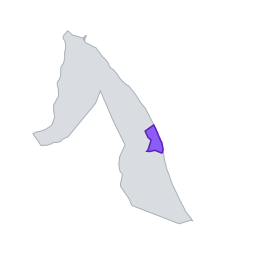 Shabeellaha Dhexe highlighted on a map of Somalia, rotated 291°
{"feature_id": "SOM-2410", "entity_name": "Shabeellaha Dhexe", "entity_type": "Region", "adm_level": 1, "iso_a3": "SOM", "parent_name": "Somalia", "parent_adm1": "", "projection": "albers", "projection_center": [46.104, 3.02], "detail": "fine", "context": "in_parent", "style": "filled", "palette": "violet", "viewbox_px": 256, "rotation_deg": 291, "n_neighbors": 0, "source": "natural_earth", "source_scale": "10m", "svg_char_len": 2876}
<svg xmlns="http://www.w3.org/2000/svg" viewBox="0 0 256 256"><g transform="rotate(291 128 128)"><path d="M64.6,220.3L64.4,219.7L63.1,218.0L60.6,214.9L58.8,212.5L56.9,210.1L56.9,208.1L56.9,202.4L57.0,190.9L57.0,179.3L57.0,167.8L57.0,162.0L57.0,159.7L57.2,159.3L59.3,157.2L62.2,154.4L65.9,149.1L67.9,146.2L69.6,143.8L70.0,143.0L71.5,141.6L74.3,140.7L76.1,140.6L82.0,139.5L82.9,139.1L83.4,138.6L83.9,137.4L85.1,135.8L86.6,134.7L89.5,133.3L92.2,132.0L92.9,131.8L96.2,131.1L97.0,130.8L98.4,130.5L98.9,130.5L103.6,130.8L107.2,131.0L111.0,131.3L111.4,131.1L114.0,128.2L118.2,123.7L120.9,120.8L125.0,116.3L128.1,113.0L131.6,109.4L135.0,106.1L139.1,102.2L141.7,99.7L145.6,95.8L149.4,92.2L152.8,88.9L148.1,88.9L143.6,88.9L139.2,88.9L138.4,88.5L134.6,87.3L129.9,85.7L124.0,83.7L119.8,82.3L115.3,80.8L110.8,79.3L107.3,78.2L102.8,76.7L99.0,75.4L98.4,75.1L96.3,73.2L93.5,70.6L93.0,70.6L91.6,70.1L90.4,68.7L89.2,66.9L88.1,64.7L87.6,63.2L86.0,62.6L85.3,61.4L83.9,59.7L83.0,58.8L82.6,58.1L82.2,56.6L81.4,54.9L80.6,53.9L80.5,53.4L80.5,53.1L81.9,50.9L82.5,50.1L83.3,49.3L83.9,48.6L84.1,48.0L85.8,45.4L87.3,43.1L88.5,41.3L91.1,43.3L93.7,47.6L96.7,51.0L100.8,54.2L102.5,55.2L103.9,55.8L111.5,55.7L116.9,52.8L121.7,50.7L123.4,50.3L126.2,50.9L129.3,51.1L132.1,51.7L133.5,51.5L139.1,49.1L142.6,46.7L144.9,45.7L145.9,45.7L149.1,46.5L153.3,46.2L159.0,44.1L160.8,43.7L162.2,43.7L165.3,44.6L165.7,44.5L167.4,44.4L171.8,43.4L175.3,41.9L181.6,40.8L186.4,38.1L187.3,36.8L188.7,35.2L190.8,34.6L196.3,36.5L197.1,36.7L196.8,37.8L196.6,39.0L195.5,41.1L194.8,43.4L195.4,46.9L195.7,52.6L195.5,53.4L195.2,54.2L195.0,54.9L194.4,55.1L194.2,55.5L194.6,55.6L196.3,55.0L196.3,54.3L196.4,54.0L197.8,54.7L198.8,55.0L199.1,55.7L199.0,56.2L197.4,56.0L196.6,55.6L194.3,56.3L192.8,57.0L192.4,58.1L192.1,62.5L191.5,65.5L191.4,69.3L189.6,71.9L188.9,73.6L186.1,77.3L184.6,80.3L184.2,81.8L181.7,86.1L178.3,89.3L177.1,93.5L175.8,96.1L174.5,98.4L171.5,102.6L169.9,105.5L168.0,110.6L167.4,113.8L162.0,123.1L156.3,130.5L152.8,136.8L146.5,144.0L137.9,153.4L126.5,164.5L123.5,166.7L111.1,173.6L103.0,179.3L98.9,183.2L94.6,186.6L91.1,189.8L80.8,200.7L79.7,201.7L78.7,202.7L77.4,204.5L76.5,205.2L74.0,208.3L72.4,209.9L70.7,211.5L69.9,212.7L69.4,214.0L68.8,214.7L67.2,217.8L65.9,219.8L64.5,221.4L64.6,220.3Z" fill="#d9dde1" stroke="#a8b0b8" stroke-width="1"/><path d="M140.1,150.9L139.7,151.2L137.3,154.1L135.4,155.7L134.4,157.0L132.5,158.5L131.5,159.6L130.7,160.2L130.6,160.3L130.5,160.5L130.4,160.6L130.2,160.7L130.1,160.9L129.9,161.2L129.8,161.4L129.6,161.6L129.1,161.8L127.8,163.2L127.6,163.4L127.4,163.8L127.3,164.0L126.7,164.3L126.5,164.7L126.2,165.0L123.5,166.7L121.9,167.6L120.5,168.5L120.4,168.5L118.5,168.6L117.5,168.9L116.7,168.5L116.8,161.1L113.8,156.7L113.1,153.9L114.2,154.4L115.9,154.5L125.0,153.9L126.3,150.2L126.9,149.5L131.2,145.1L140.0,150.8L140.1,150.9Z" fill="#8b5cf6" stroke="#5b21b6" stroke-width="1.5"/></g></svg>